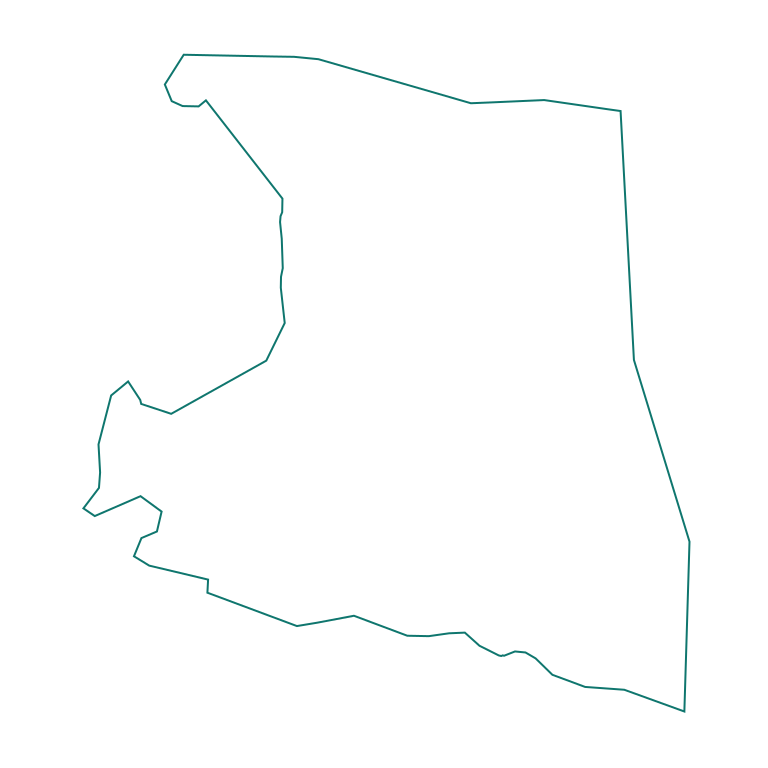 the district of Dikwa, Borno, Nigeria, rotated 269°
{"feature_id": "59680162B86155479852967", "entity_name": "Dikwa", "entity_type": "district", "adm_level": 2, "iso_a3": "NGA", "parent_name": "Nigeria", "parent_adm1": "Borno", "projection": "robinson", "projection_center": [14.023, 11.955], "detail": "fine", "context": "isolated", "style": "outline", "palette": "teal", "viewbox_px": 768, "rotation_deg": 269, "n_neighbors": 0, "source": "geoboundaries", "source_scale": "gbopen_adm2", "svg_char_len": 948}
<svg xmlns="http://www.w3.org/2000/svg" viewBox="0 0 768 768"><g transform="rotate(269 384 384)"><path d="M51.3,678.6L221.0,686.7L403.7,634.3L652.8,625.3L654.7,613.2L665.1,549.1L663.7,497.1L663.2,475.8L709.9,324.1L712.7,299.8L713.4,278.5L716.7,189.5L687.3,170.1L670.5,176.7L665.4,187.5L664.8,203.5L670.7,210.9L571.1,285.7L557.5,285.2L553.6,283.5L547.7,282.9L531.0,284.3L501.6,284.8L493.0,282.9L482.0,282.5L446.7,285.8L409.4,266.7L376.3,205.0L357.9,170.7L368.3,140.9L372.3,140.0L391.0,128.2L377.3,111.0L328.6,97.5L300.5,98.6L285.1,97.2L264.9,81.3L257.0,92.5L276.1,138.6L260.3,159.4L240.5,154.4L234.2,138.8L216.1,131.0L206.5,146.1L191.5,204.7L178.4,203.8L143.5,292.7L146.5,313.0L152.8,349.9L131.9,402.9L131.1,424.4L133.6,444.7L134.0,460.5L120.6,474.9L112.5,490.4L110.6,494.0L110.0,496.5L110.6,498.0L110.2,499.3L114.3,510.3L113.1,520.8L107.0,530.8L90.3,547.3L77.6,579.8L74.1,618.9L51.3,678.6Z" fill="none" stroke="#0f766e" stroke-width="2"/></g></svg>